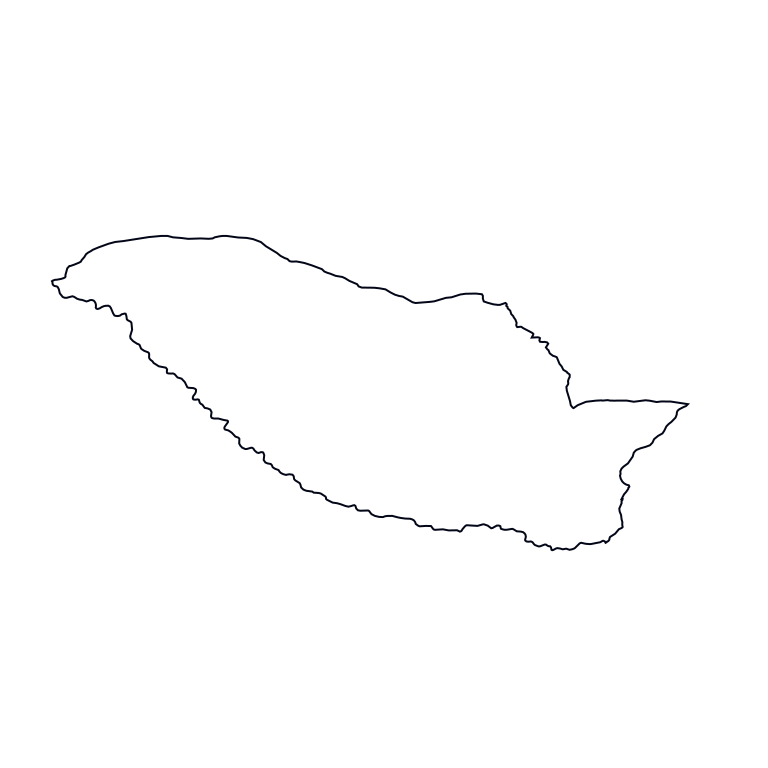 the district of Tibacuy, Cundinamarca, Colombia, rotated 71°
{"feature_id": "7082276B3061851186589", "entity_name": "Tibacuy", "entity_type": "district", "adm_level": 2, "iso_a3": "COL", "parent_name": "Colombia", "parent_adm1": "Cundinamarca", "projection": "equal_earth", "projection_center": [-74.469, 4.323], "detail": "fine", "context": "isolated", "style": "outline", "palette": "ink", "viewbox_px": 768, "rotation_deg": 71, "n_neighbors": 0, "source": "geoboundaries", "source_scale": "gbopen_adm2", "svg_char_len": 6165}
<svg xmlns="http://www.w3.org/2000/svg" viewBox="0 0 768 768"><g transform="rotate(71 384 384)"><path d="M170.0,643.0L171.5,645.8L177.2,649.7L178.8,650.2L179.3,650.8L179.6,652.4L179.5,655.1L178.9,659.3L178.4,661.1L178.4,663.6L178.7,664.5L179.7,664.3L181.4,664.8L183.0,664.5L184.0,663.7L185.2,661.6L186.3,660.9L188.3,660.6L192.8,661.0L197.2,659.4L198.6,657.7L199.2,656.0L199.6,650.1L200.7,648.6L203.5,646.4L205.2,644.1L206.2,642.1L209.1,638.4L209.2,636.2L209.0,635.0L209.2,633.6L209.8,632.4L210.5,631.5L211.5,630.9L213.1,630.5L214.9,630.5L216.6,631.0L217.7,631.6L218.9,631.5L219.6,630.8L219.9,629.9L219.9,628.1L219.4,626.0L219.2,623.6L219.4,621.9L220.2,619.2L221.4,618.0L223.2,617.5L229.1,617.1L231.4,616.6L232.1,615.8L233.1,613.6L233.4,611.5L232.7,609.2L233.0,606.1L233.5,605.4L235.6,605.4L239.2,606.1L240.3,605.5L242.6,603.3L244.0,602.9L250.7,604.5L256.1,608.4L258.4,608.8L261.9,607.2L265.6,604.3L266.5,603.1L267.6,602.4L271.1,602.2L272.0,601.9L274.6,599.9L277.1,596.9L277.9,596.3L279.3,596.3L282.2,597.4L283.6,597.5L285.1,596.9L287.2,595.5L289.1,595.0L294.0,591.1L297.5,585.0L299.5,584.3L301.8,585.4L302.9,585.5L303.6,584.8L304.3,583.3L305.4,580.0L306.5,578.8L310.6,577.1L313.0,573.7L317.4,571.7L323.1,571.0L323.9,570.1L325.8,565.6L327.2,564.0L328.3,563.6L330.3,564.5L331.8,565.9L333.0,567.9L334.5,569.2L335.8,569.5L336.6,569.2L337.5,567.3L337.9,565.1L338.6,564.2L341.8,564.3L343.2,563.6L344.4,562.5L348.2,561.3L349.7,558.7L351.6,556.6L354.5,556.2L358.0,558.0L359.3,558.1L359.9,557.9L360.5,557.3L361.3,555.9L362.7,551.9L365.8,547.3L367.5,544.2L368.4,543.6L369.4,544.1L372.5,548.5L373.6,549.3L374.5,549.4L375.3,549.1L377.2,546.3L379.2,544.7L380.7,543.7L385.4,541.6L387.1,539.4L388.0,538.8L388.8,538.6L393.1,540.3L395.5,539.9L398.0,538.8L400.2,536.5L400.5,535.9L400.8,534.6L401.0,530.3L401.5,529.3L402.6,528.5L404.5,528.1L407.3,526.6L408.4,525.0L408.4,522.4L409.0,521.0L409.5,520.5L412.3,520.4L416.7,522.5L419.6,521.7L421.2,519.9L422.8,517.1L424.1,516.5L426.5,516.3L428.6,514.7L431.1,511.7L432.6,511.4L434.5,510.5L436.4,508.7L438.1,506.2L438.1,505.4L438.5,502.9L440.0,500.0L441.8,499.4L444.5,499.9L445.3,499.7L446.2,499.3L450.3,496.0L451.7,495.8L454.9,496.0L457.6,494.6L459.6,492.3L462.4,486.8L463.8,485.9L465.8,481.2L467.0,479.4L471.4,476.0L472.4,475.8L473.7,476.2L474.8,475.7L479.4,471.2L481.5,467.1L483.6,464.1L486.7,460.3L488.4,457.6L488.7,454.9L488.7,452.8L488.9,451.5L489.9,450.7L492.7,450.8L494.9,449.8L496.1,447.7L498.4,440.3L499.1,439.5L503.0,438.2L505.8,435.5L508.1,431.8L509.5,428.3L509.4,426.1L509.8,424.0L511.4,419.1L514.5,414.5L516.3,411.4L518.2,407.6L519.9,403.2L521.2,401.4L522.7,400.1L524.7,399.5L526.7,399.5L529.3,397.7L530.2,396.5L531.8,390.7L533.6,385.8L537.1,384.7L537.9,384.2L538.5,383.2L540.6,375.6L543.5,370.5L546.1,362.5L548.3,360.3L548.2,358.7L546.8,357.0L545.0,354.0L544.5,352.6L544.5,351.7L548.6,341.8L548.9,336.2L549.2,335.2L551.7,332.0L555.3,329.6L555.5,328.3L554.6,323.5L555.2,321.5L556.3,320.3L558.7,320.6L559.1,320.4L560.3,318.8L561.2,317.2L561.8,315.3L562.7,309.9L563.6,308.8L566.5,306.4L568.1,302.7L569.4,300.7L571.3,299.6L572.6,299.3L574.6,299.6L577.4,301.4L578.2,301.3L579.3,300.5L580.1,298.9L580.7,296.4L581.2,295.8L581.9,295.1L584.6,294.2L585.5,293.6L587.9,290.7L588.3,289.3L588.1,284.4L588.6,283.1L590.2,282.0L591.0,281.0L591.6,279.7L593.0,279.3L595.3,279.6L595.9,279.1L596.0,277.7L595.5,274.8L595.7,273.3L597.0,270.9L598.5,268.8L599.0,265.4L601.2,262.5L601.5,260.0L601.5,258.1L601.2,256.7L598.4,250.9L598.3,249.3L600.7,245.4L602.3,241.8L602.7,240.4L604.0,231.1L603.5,228.2L603.7,227.6L604.7,226.5L606.3,226.2L606.2,225.6L605.8,225.7L605.6,223.3L605.1,222.3L604.5,221.6L603.4,221.1L602.2,220.0L600.8,214.2L597.8,209.2L597.5,206.1L597.2,205.3L596.9,204.9L594.8,204.6L592.2,203.6L589.2,203.4L585.0,202.5L581.4,202.7L578.4,202.1L574.0,198.1L572.2,197.6L571.2,196.3L570.5,195.9L570.2,196.9L566.4,192.9L564.9,190.2L562.7,187.2L561.7,186.7L561.2,185.7L560.8,185.4L559.5,185.5L558.0,187.7L555.8,189.5L553.6,190.5L550.6,191.0L547.5,190.7L546.0,189.6L543.5,189.0L541.4,187.0L540.1,184.4L538.5,179.2L533.6,172.5L530.3,170.2L528.9,167.8L528.5,166.5L528.3,162.4L528.6,157.3L528.5,152.5L526.9,149.3L524.1,146.6L522.3,141.8L521.4,136.8L519.5,134.3L516.0,130.8L514.6,128.1L513.4,124.6L510.7,119.3L508.2,117.2L506.0,116.2L504.8,115.0L504.0,113.0L503.3,108.1L503.2,105.7L502.0,103.2L493.9,118.7L490.8,127.5L489.8,132.1L486.2,138.4L484.5,142.1L482.1,153.6L478.7,159.9L474.4,172.6L473.3,175.6L472.1,177.7L470.8,182.9L470.2,183.9L468.7,189.2L466.6,198.8L467.1,207.7L468.5,212.6L467.8,213.3L464.9,214.3L460.7,213.7L449.9,213.3L446.1,212.5L444.3,210.1L443.2,209.5L441.2,209.1L438.8,207.3L438.1,206.3L435.8,205.4L434.9,205.7L432.9,207.1L432.1,207.2L429.0,209.8L425.2,210.3L422.0,211.5L415.1,211.9L414.2,212.6L412.3,215.1L409.0,217.3L405.6,217.5L404.5,218.2L402.1,219.0L399.4,215.6L397.8,216.2L396.5,218.3L396.1,219.9L394.9,222.7L393.4,222.9L391.4,221.6L390.6,222.2L389.9,223.4L388.2,229.2L385.8,226.7L385.1,226.5L383.7,227.4L376.4,234.3L374.8,235.4L374.3,236.3L373.6,239.5L372.9,239.8L371.3,239.8L369.4,238.7L365.9,238.8L363.3,239.6L362.0,239.7L359.3,240.9L355.7,240.8L352.7,242.4L351.1,242.1L350.2,242.9L349.5,242.8L348.8,242.1L347.9,242.1L346.9,242.8L346.9,248.7L346.3,250.5L344.3,254.6L340.9,259.6L338.4,262.8L335.3,262.7L332.9,261.8L331.0,262.2L328.4,267.7L325.2,277.6L324.2,282.8L324.0,291.9L322.7,297.4L322.2,309.5L321.3,313.8L317.7,327.8L316.0,330.4L307.5,337.8L305.6,341.2L303.1,344.6L299.8,347.8L295.0,351.8L292.1,357.0L289.8,361.9L285.6,373.6L283.5,376.2L280.9,376.9L275.2,383.2L271.4,386.3L269.2,388.6L266.0,394.5L262.2,398.9L260.4,401.4L258.2,403.8L255.2,405.3L248.5,413.4L243.7,419.8L241.3,423.9L239.6,427.0L238.3,431.3L237.1,433.3L234.4,434.6L232.7,436.8L229.2,440.1L225.2,442.6L215.3,450.8L209.7,454.2L204.4,460.6L201.2,466.2L198.0,474.2L192.9,484.3L191.4,488.6L190.8,491.5L190.2,496.3L190.6,498.6L189.6,502.6L186.7,509.9L183.0,521.9L180.1,527.8L176.6,535.8L173.5,540.5L171.4,546.7L168.5,558.6L164.0,583.9L162.2,591.9L161.7,598.8L161.9,609.8L162.3,615.7L162.9,617.9L163.5,621.2L164.3,623.5L166.4,626.0L168.4,629.5L169.6,630.8L170.0,632.9L170.3,638.4L170.3,642.1L170.0,643.0Z" fill="none" stroke="#020617" stroke-width="2"/></g></svg>